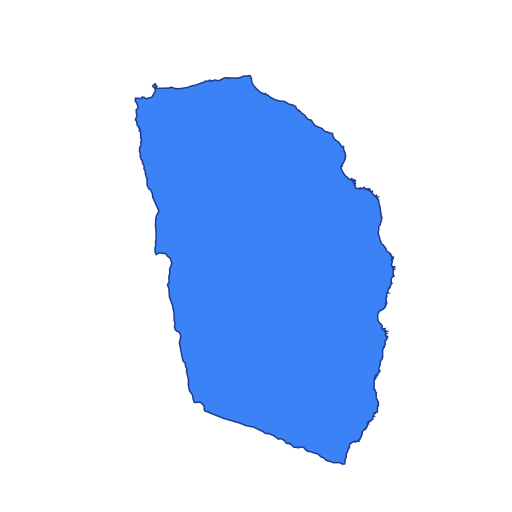 the district of Nossa Senhora Da Ajuda, Mosteiros, Cabo Verde, rotated 24°
{"feature_id": "66160863B13080281314211", "entity_name": "Nossa Senhora Da Ajuda", "entity_type": "district", "adm_level": 2, "iso_a3": "CPV", "parent_name": "Cabo Verde", "parent_adm1": "Mosteiros", "projection": "mercator", "projection_center": [-24.32, 15.001], "detail": "fine", "context": "isolated", "style": "filled", "palette": "blue", "viewbox_px": 512, "rotation_deg": 24, "n_neighbors": 0, "source": "geoboundaries", "source_scale": "gbopen_adm2", "svg_char_len": 6126}
<svg xmlns="http://www.w3.org/2000/svg" viewBox="0 0 512 512"><g transform="rotate(24 256 256)"><path d="M421.6,409.8L420.1,405.2L420.3,403.2L418.9,399.9L419.2,398.1L418.8,395.1L419.3,392.7L418.5,392.2L418.2,389.9L420.5,385.8L421.2,385.4L422.3,385.8L422.5,384.8L423.7,384.4L424.3,383.5L425.0,383.7L425.3,383.4L424.7,383.2L425.1,383.0L424.8,382.1L425.5,381.6L425.3,378.7L425.6,378.4L425.2,377.7L425.6,376.8L425.0,374.1L424.5,373.7L425.4,370.4L426.2,370.2L425.8,369.5L426.4,369.3L426.9,367.8L426.6,367.4L426.9,365.5L425.9,364.4L426.8,363.8L425.7,363.5L427.0,363.4L426.0,362.2L426.8,361.6L426.6,361.3L427.2,361.3L427.6,359.6L428.2,359.5L428.4,358.2L429.1,357.6L428.3,355.5L428.5,354.6L429.1,354.3L428.4,354.1L427.7,351.9L428.1,351.2L429.0,351.3L429.1,350.2L430.3,349.2L428.3,344.2L428.7,342.8L428.1,342.8L427.8,340.6L426.8,340.1L426.8,339.3L423.7,336.9L421.7,333.0L421.8,332.1L419.6,330.9L419.1,330.3L419.2,329.9L418.2,330.0L414.4,321.2L414.2,319.9L415.0,319.9L415.1,319.2L414.0,319.0L414.2,318.4L414.9,318.3L414.7,317.9L414.0,318.1L413.8,317.0L414.9,316.6L414.0,316.0L414.2,315.3L415.5,315.2L414.9,313.7L415.6,313.0L416.0,310.4L415.2,310.6L414.0,309.0L413.6,304.7L412.5,302.0L413.1,298.5L412.9,297.1L410.0,290.5L409.8,287.5L410.9,286.9L410.0,287.0L410.0,284.4L409.5,282.9L408.4,281.9L409.2,279.4L409.1,276.4L408.0,276.9L407.6,276.4L407.9,276.1L407.0,276.1L406.2,275.2L406.8,274.0L406.1,274.4L405.3,273.0L406.5,271.4L405.9,271.5L405.0,272.7L404.5,272.7L404.0,272.3L404.6,270.9L403.6,272.1L402.7,271.5L403.3,269.9L402.3,270.3L402.1,271.5L401.3,271.6L399.9,270.5L400.2,269.3L399.8,268.7L398.1,267.4L395.8,266.8L393.9,265.4L392.4,263.3L391.0,260.0L390.9,258.0L391.3,256.0L394.0,252.5L394.6,250.7L394.2,250.2L394.7,249.8L394.7,247.4L393.7,246.8L394.4,245.9L393.8,246.0L393.4,244.2L392.3,243.1L392.4,242.2L391.7,241.3L392.0,239.5L391.4,239.1L390.7,237.2L390.7,236.3L391.8,235.8L390.9,235.7L390.5,231.6L391.1,231.1L390.7,230.7L391.2,229.9L390.7,229.3L391.1,227.6L390.5,226.8L391.4,225.7L390.4,225.2L388.7,221.6L389.1,220.0L390.1,218.5L389.3,218.4L389.6,217.4L388.5,216.6L387.7,213.9L386.7,212.7L387.4,212.0L386.8,212.1L386.7,211.4L386.1,211.2L387.8,209.2L384.8,210.5L383.0,208.4L383.0,205.9L381.1,204.0L381.3,203.5L381.9,203.8L381.8,203.1L382.3,203.2L382.1,201.9L381.7,202.6L380.4,201.9L380.6,201.0L379.5,201.0L378.6,199.7L378.0,199.9L378.0,199.4L375.3,198.6L374.5,199.0L372.2,197.4L371.6,196.1L370.5,195.9L367.8,194.1L366.0,194.0L361.9,189.9L361.3,188.6L359.9,187.7L357.8,184.2L357.5,182.0L356.0,179.1L356.7,177.3L355.9,171.2L355.1,170.0L355.3,169.5L354.7,169.4L349.1,160.4L346.9,158.0L345.1,154.8L342.8,154.2L343.4,152.7L342.6,153.2L342.1,152.6L341.3,152.5L341.4,150.8L340.7,153.2L336.1,151.2L335.7,150.5L336.3,150.0L336.0,149.5L335.2,150.7L334.5,150.6L334.7,149.6L334.2,150.5L332.9,150.1L333.4,148.6L333.1,149.2L332.7,148.7L332.0,148.7L332.6,149.5L332.2,150.0L331.6,149.4L330.5,150.4L330.2,149.5L327.8,150.1L326.9,149.3L326.4,149.7L326.0,151.3L323.8,151.3L323.6,152.6L322.9,152.1L321.1,153.3L319.1,153.2L317.8,151.8L318.3,150.8L317.9,151.2L317.1,150.6L317.3,149.7L316.1,149.9L316.6,148.7L316.0,148.0L316.4,146.1L315.3,147.7L314.2,145.8L314.8,147.8L314.4,148.0L314.0,146.6L313.7,148.3L312.0,146.2L311.7,146.4L312.5,147.4L312.0,147.7L311.6,147.1L311.7,147.7L310.7,148.1L304.3,146.1L300.0,143.2L297.9,141.0L297.5,139.7L297.9,139.3L297.3,139.1L297.8,138.6L297.4,137.6L297.8,137.2L298.1,131.1L297.1,128.8L297.4,128.5L295.4,125.6L292.2,122.5L291.8,120.8L291.3,120.4L290.4,121.2L289.2,120.8L285.1,118.3L282.1,118.0L279.8,117.1L276.7,114.4L276.7,113.7L275.8,112.9L273.9,113.6L270.3,113.6L268.9,114.2L266.4,113.7L264.9,112.7L257.7,112.9L254.3,111.6L251.4,109.5L247.6,110.0L243.0,107.5L239.8,106.9L236.5,105.5L236.0,105.9L235.3,105.4L233.2,105.2L231.5,103.3L227.6,103.1L224.2,103.9L219.4,103.2L214.0,104.9L209.0,105.5L203.1,104.9L202.1,104.3L199.4,104.3L198.4,103.8L198.0,104.5L194.0,104.8L188.5,103.1L184.1,101.0L181.5,98.9L179.3,95.3L177.4,93.7L175.3,94.5L174.5,95.8L172.9,95.9L171.3,96.9L168.8,99.7L165.1,101.8L158.9,104.3L158.7,104.9L157.1,104.4L157.6,104.9L154.8,106.0L151.6,110.0L149.8,111.4L147.1,111.8L144.2,114.2L141.9,114.3L141.5,115.5L138.3,117.1L137.6,118.9L136.4,119.5L131.4,124.5L128.6,126.3L124.5,130.2L118.8,133.8L114.7,135.8L109.8,136.3L108.4,137.9L97.2,143.2L96.1,142.8L96.4,141.3L95.6,141.6L94.2,139.7L93.7,139.7L92.4,142.6L93.2,143.3L94.7,143.3L95.9,144.8L96.9,145.2L96.3,153.2L91.4,157.1L90.4,157.2L89.5,156.5L88.4,157.2L87.7,156.8L87.1,158.4L86.4,159.1L81.7,160.8L82.8,163.6L85.1,165.0L87.7,167.9L87.9,169.4L87.0,171.1L88.8,174.5L90.2,175.6L90.3,180.0L91.0,181.0L92.7,181.6L93.2,183.4L94.7,185.2L96.2,185.3L96.6,186.6L98.7,187.2L98.3,189.0L100.0,189.5L102.8,195.2L104.7,197.1L104.2,198.8L105.8,200.7L105.7,205.0L106.8,206.6L106.9,207.9L108.6,209.2L109.9,212.6L111.0,213.2L111.5,214.3L113.6,215.1L113.9,216.6L117.5,219.6L117.9,221.6L120.3,223.6L121.6,226.0L125.3,230.3L127.6,235.5L130.7,238.2L132.3,238.2L133.9,239.4L136.0,241.3L137.8,244.4L148.5,253.9L149.1,255.2L148.7,258.6L149.1,262.2L151.8,269.2L154.7,274.2L157.8,281.1L158.5,284.1L159.7,286.0L160.9,290.8L162.7,294.1L164.2,295.3L165.1,293.8L167.0,292.1L169.9,291.6L170.8,290.9L173.0,290.7L174.8,292.1L178.8,293.0L182.2,297.3L182.4,303.0L184.2,306.8L185.0,311.0L187.2,314.8L186.8,318.2L189.9,321.5L193.6,328.7L199.9,335.2L204.6,341.9L207.6,348.4L209.4,350.2L210.3,353.8L212.0,356.0L213.9,356.8L217.3,357.0L219.9,359.7L221.3,366.4L230.2,379.2L232.3,381.8L234.7,382.4L236.2,384.9L238.8,387.4L239.2,389.3L244.6,396.4L246.6,401.2L249.8,405.9L254.9,409.1L256.3,411.7L258.5,414.3L259.3,414.9L264.5,412.3L267.1,412.9L270.1,414.6L270.7,416.5L272.0,418.3L292.6,417.5L308.6,415.3L315.9,415.0L322.9,413.3L333.9,413.6L337.0,414.3L339.7,413.1L344.7,412.8L351.0,414.2L352.5,412.9L355.6,412.8L358.2,413.7L359.6,414.7L361.7,414.3L362.8,413.4L363.2,414.0L365.2,414.0L368.3,415.3L373.4,413.6L374.3,412.3L376.8,411.7L378.2,411.7L380.1,413.0L380.9,412.7L382.4,413.5L386.4,412.3L387.5,412.6L392.7,411.7L397.4,413.1L399.7,412.7L402.3,413.9L405.0,414.1L407.6,413.4L410.6,413.4L415.8,411.0L417.4,410.6L419.3,411.1L421.6,409.8Z" fill="#3b82f6" stroke="#1e3a8a" stroke-width="1.5"/></g></svg>